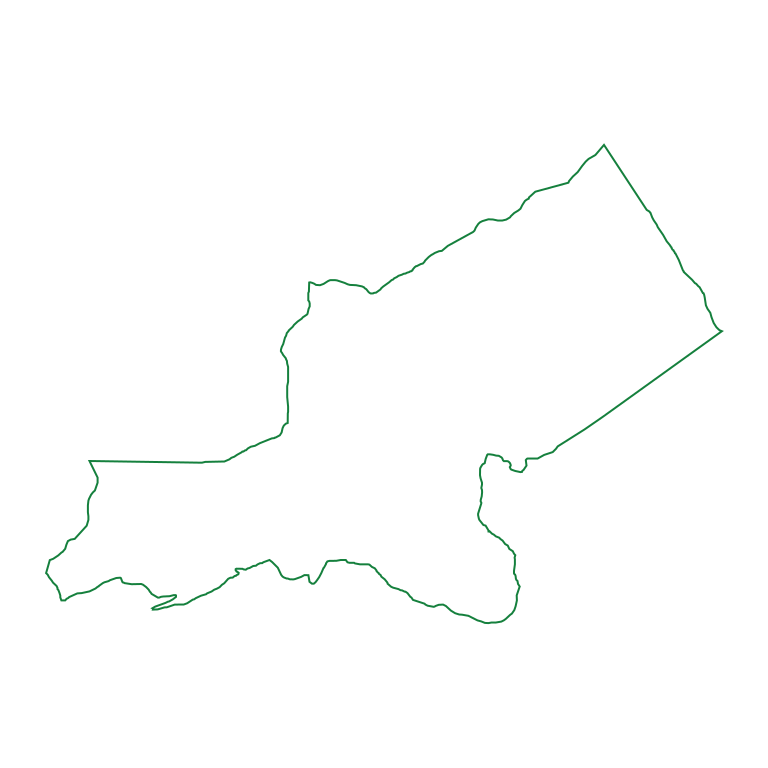 the district of Jimenez, Cartago, Costa Rica, rotated 270°
{"feature_id": "36466004B31180817365439", "entity_name": "Jimenez", "entity_type": "district", "adm_level": 2, "iso_a3": "CRI", "parent_name": "Costa Rica", "parent_adm1": "Cartago", "projection": "mercator", "projection_center": [-83.723, 9.819], "detail": "fine", "context": "isolated", "style": "outline", "palette": "green", "viewbox_px": 768, "rotation_deg": 270, "n_neighbors": 0, "source": "geoboundaries", "source_scale": "gbopen_adm2", "svg_char_len": 6105}
<svg xmlns="http://www.w3.org/2000/svg" viewBox="0 0 768 768"><g transform="rotate(270 384 384)"><path d="M207.9,49.8L194.9,46.1L193.3,47.7L190.8,49.0L187.3,51.8L185.4,53.0L182.0,56.6L180.0,57.5L178.9,57.5L177.9,58.4L175.0,59.5L172.4,60.3L170.6,60.3L167.6,61.4L167.6,65.2L169.2,66.6L170.1,68.4L170.9,69.1L174.6,77.3L174.9,81.6L176.6,89.5L179.5,95.5L181.2,97.6L181.6,98.6L182.0,98.8L184.9,102.8L185.7,104.4L186.9,108.6L187.8,110.0L190.0,116.3L190.3,120.1L189.9,120.9L186.0,122.4L185.5,123.0L185.5,123.6L184.9,124.5L183.8,131.6L184.0,141.2L183.3,143.0L180.9,146.2L178.3,148.7L176.1,150.0L175.8,150.5L174.1,151.6L170.4,157.9L170.4,159.1L171.2,161.1L171.5,163.3L171.8,169.5L172.9,173.8L172.9,175.6L172.6,176.0L171.1,176.0L168.7,172.9L166.5,169.0L166.3,167.9L165.1,165.5L161.4,155.2L159.8,152.5L159.5,153.2L158.4,152.9L158.6,157.7L160.6,164.5L160.7,166.8L163.4,174.7L163.5,183.8L164.7,187.1L168.4,192.8L168.7,194.2L169.8,195.7L172.3,201.0L173.8,206.2L174.6,207.0L176.5,211.6L178.3,214.2L179.3,216.8L180.8,219.6L183.2,221.9L184.7,224.2L189.2,228.2L190.3,230.5L190.4,232.7L191.9,234.5L192.3,236.1L192.8,236.4L193.7,238.3L195.1,238.7L196.3,237.3L196.3,236.7L197.9,235.6L198.9,235.7L199.3,236.4L199.2,242.5L198.6,243.6L198.3,245.8L199.5,247.5L200.0,249.6L202.0,253.2L202.3,256.0L203.5,257.4L204.8,260.1L204.9,262.3L205.7,263.2L208.0,269.5L205.9,272.2L200.3,277.8L193.1,281.2L191.4,282.6L190.5,284.0L189.5,286.6L189.5,287.7L188.7,289.8L188.6,293.3L188.9,294.9L191.1,301.1L192.9,304.4L192.8,308.4L186.2,309.5L184.3,312.0L184.3,313.8L185.8,315.5L187.6,316.9L190.9,319.2L194.9,321.3L200.0,323.5L200.2,323.9L204.0,326.0L204.6,326.0L206.6,327.4L207.1,329.4L207.2,336.3L208.0,340.7L208.0,345.8L205.7,347.5L205.2,349.6L205.2,354.1L204.6,354.9L203.7,359.8L203.7,367.8L203.4,369.4L201.1,371.9L199.7,374.8L197.5,376.5L197.0,376.5L195.5,377.8L195.0,378.6L194.0,379.1L193.1,380.5L191.3,381.4L188.7,384.7L185.4,387.4L184.3,387.6L181.2,391.2L180.3,393.2L178.9,398.5L177.8,400.5L177.6,402.1L176.4,404.5L176.3,405.5L174.9,407.5L171.2,410.3L170.5,411.4L168.1,413.0L164.3,424.6L163.5,425.3L162.3,427.6L161.2,433.6L161.4,434.6L162.0,435.5L163.2,438.8L163.4,443.1L162.0,445.9L157.4,450.9L154.8,455.1L153.5,459.2L153.3,462.1L152.2,468.4L147.6,477.5L146.6,481.2L145.1,484.9L144.9,488.5L145.5,491.6L145.5,496.0L146.4,501.3L147.7,503.9L149.1,505.8L153.2,510.2L154.4,511.9L157.9,514.3L161.7,515.6L167.6,516.9L172.6,516.7L181.5,519.7L184.1,518.0L187.0,517.5L188.2,516.3L189.3,515.9L192.0,515.6L193.4,515.1L194.0,514.3L194.7,514.0L197.1,514.0L203.7,514.9L208.8,514.9L210.3,514.6L212.8,515.3L214.3,514.0L216.8,512.8L219.1,509.3L222.4,507.8L224.0,505.1L227.4,502.6L229.0,500.4L230.3,499.2L231.6,495.9L233.4,493.8L234.3,492.0L236.7,489.6L236.1,488.6L235.6,488.5L237.5,488.5L242.4,485.6L243.0,483.4L247.9,479.5L249.2,478.9L252.9,478.1L254.3,478.1L264.6,481.3L265.5,481.3L266.4,480.7L268.0,480.7L271.6,481.7L275.7,482.1L278.0,482.0L280.0,481.3L283.4,482.0L285.3,482.0L289.6,480.6L292.8,480.0L299.1,480.1L300.2,480.4L302.9,482.0L303.8,482.8L304.8,484.7L309.1,485.7L313.1,487.2L313.7,487.8L313.7,489.7L313.2,493.1L312.4,496.1L312.2,498.8L310.6,501.5L309.6,502.3L307.7,503.0L306.9,503.9L306.9,506.9L306.6,508.2L305.8,509.2L304.7,510.1L303.0,510.7L302.4,510.7L300.9,509.8L298.9,510.7L298.4,511.3L297.0,515.3L296.2,519.1L295.9,520.4L296.1,522.0L297.3,522.4L298.0,523.5L302.4,526.5L307.9,525.8L309.2,526.9L309.5,527.6L309.5,537.7L313.1,544.2L315.9,552.7L319.2,556.0L321.6,557.7L338.6,584.6L351.6,603.4L436.8,721.9L437.8,719.5L439.2,718.0L440.8,716.4L445.0,713.7L450.8,711.5L455.2,710.3L459.2,707.5L462.7,705.9L470.6,704.7L473.4,704.1L474.8,703.5L474.9,702.9L480.8,699.6L481.8,698.3L484.2,696.2L484.9,694.9L488.2,692.1L496.0,683.8L496.6,683.8L497.4,683.0L508.0,678.8L514.5,675.5L514.7,675.0L516.2,674.4L517.1,673.6L517.6,673.6L518.5,672.4L519.9,671.6L520.5,671.6L521.6,670.5L522.2,670.4L526.7,666.7L533.1,663.1L540.8,657.8L543.4,656.7L547.6,653.8L550.6,652.2L555.3,650.4L555.6,649.9L556.4,649.5L558.1,646.7L623.1,604.0L613.0,595.4L609.1,588.6L606.4,585.7L602.0,582.1L595.9,577.7L591.5,572.9L587.0,569.1L585.3,568.4L576.3,535.3L570.5,528.9L569.4,528.8L568.3,526.6L567.0,524.9L562.9,522.3L559.3,520.5L557.5,518.3L555.0,514.2L551.8,510.8L550.7,510.1L548.4,506.2L547.5,502.4L547.5,497.7L548.5,493.0L548.7,488.4L546.9,482.4L545.7,480.0L544.1,478.3L540.4,475.8L537.4,474.5L536.1,473.2L522.2,447.9L517.1,441.8L516.8,439.1L515.1,434.9L513.4,432.2L513.3,431.7L511.0,428.7L507.4,425.1L506.4,424.6L504.5,422.9L503.9,420.7L501.9,416.8L501.9,416.2L500.8,414.7L498.2,412.5L497.7,412.5L496.8,411.4L496.7,410.3L496.0,409.4L495.1,406.5L494.5,405.7L494.2,403.6L493.4,402.1L492.2,398.5L490.9,396.7L489.7,394.2L488.5,393.1L487.9,391.6L485.7,389.1L481.4,383.1L479.6,381.1L478.6,380.5L475.4,376.1L475.1,374.0L474.6,373.1L474.5,370.9L474.9,369.9L475.9,368.6L478.8,366.3L479.8,364.7L480.7,364.0L481.6,362.0L482.8,356.1L483.1,349.9L483.7,347.7L485.1,344.6L487.6,337.0L487.9,334.8L487.9,330.8L487.7,329.7L486.8,327.8L484.1,323.6L482.8,320.0L483.1,316.0L484.3,314.2L485.1,312.3L485.7,310.2L485.5,309.2L476.4,308.9L475.0,308.3L467.6,308.3L466.5,309.2L464.5,309.7L461.6,309.7L459.1,308.6L454.2,307.5L453.4,306.9L450.6,302.7L449.4,301.8L446.5,297.7L443.1,294.0L441.2,292.7L437.5,288.7L437.0,288.6L434.9,286.8L432.3,286.1L430.4,285.0L423.9,283.2L421.1,281.8L418.5,281.0L416.8,280.9L415.9,281.4L415.0,282.1L413.1,283.1L409.7,285.8L408.6,286.1L407.1,286.9L404.3,287.2L401.1,288.1L386.2,288.1L381.8,287.2L370.9,287.2L361.4,288.1L356.2,288.1L354.6,287.8L345.0,287.7L344.3,285.8L342.4,283.8L339.9,282.6L335.5,281.6L332.7,279.8L330.4,275.5L330.4,274.9L329.9,274.3L329.6,271.8L324.9,260.0L322.2,255.0L321.3,250.9L319.6,247.9L317.8,246.1L317.6,245.0L316.5,243.5L316.5,242.4L315.7,241.6L313.2,237.1L311.3,234.3L310.2,231.4L308.7,229.5L306.5,224.4L306.1,205.3L305.3,201.9L307.0,89.5L290.4,97.6L285.3,97.6L277.5,94.9L275.6,92.9L273.3,91.1L269.1,89.0L267.3,88.4L262.7,87.9L255.7,87.9L251.8,88.4L248.1,88.4L242.3,86.7L229.1,74.7L228.4,70.7L226.9,67.9L223.3,66.4L219.2,65.2L216.0,62.5L215.6,61.6L212.6,58.3L211.4,56.5L209.2,53.2L207.9,49.8Z" fill="none" stroke="#15803d" stroke-width="2"/></g></svg>